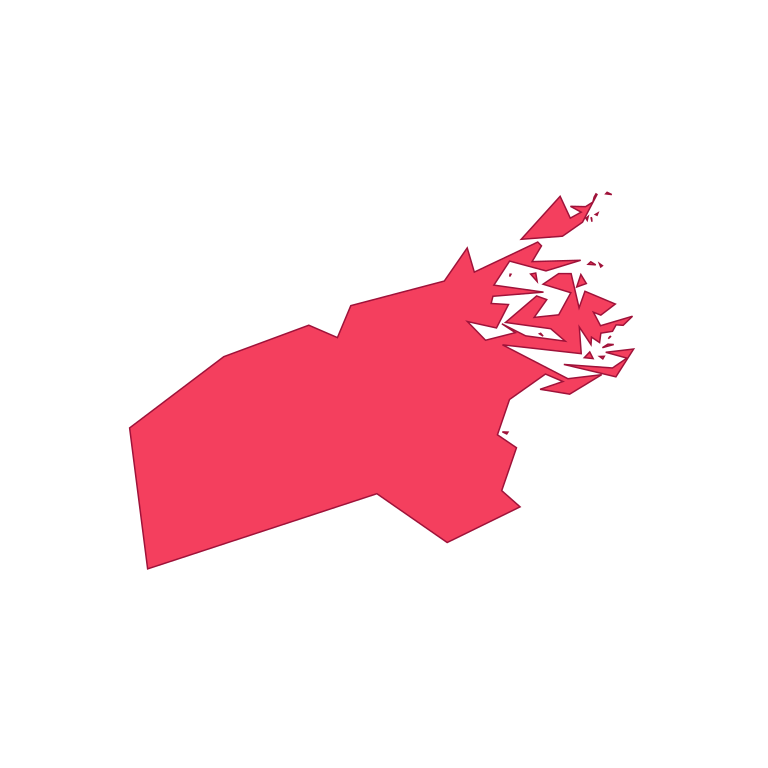 the district of Marlborough District, Marlborough District, New Zealand, rotated 28°
{"feature_id": "76426892B14162355231744", "entity_name": "Marlborough District", "entity_type": "district", "adm_level": 2, "iso_a3": "NZL", "parent_name": "New Zealand", "parent_adm1": "Marlborough District", "projection": "robinson", "projection_center": [173.954, -41.576], "detail": "medium", "context": "isolated", "style": "filled", "palette": "rose", "viewbox_px": 768, "rotation_deg": 28, "n_neighbors": 0, "source": "geoboundaries", "source_scale": "gbopen_adm2", "svg_char_len": 1963}
<svg xmlns="http://www.w3.org/2000/svg" viewBox="0 0 768 768"><g transform="rotate(28 384 384)"><path d="M180.0,542.2L262.1,658.2L429.2,484.2L514.2,494.3L561.8,428.6L538.0,422.9L530.9,378.1L508.0,375.6L502.1,338.7L521.9,299.4L540.8,297.8L524.3,315.4L552.7,305.8L571.8,273.6L543.9,293.0L470.2,293.8L543.9,264.6L529.7,242.0L548.3,252.1L545.2,245.2L554.9,246.2L551.6,237.3L561.0,230.2L561.2,222.8L567.6,219.9L571.6,207.5L547.8,230.9L535.2,222.3L543.1,221.4L550.7,204.8L517.9,207.8L520.5,225.2L497.4,198.7L486.4,204.5L477.6,221.2L506.1,215.7L505.8,240.9L485.3,254.7L488.1,233.1L477.4,234.6L462.4,272.6L505.3,256.9L523.9,261.1L486.4,275.0L459.8,275.5L475.9,277.0L453.1,297.7L428.3,289.7L457.0,281.7L456.6,255.4L440.8,262.6L439.0,255.4L481.7,228.0L434.6,245.1L437.2,216.5L473.9,208.1L499.6,182.4L457.3,206.4L458.2,188.1L453.1,186.5L411.2,242.8L393.6,224.8L388.9,264.8L317.9,330.4L321.1,364.9L290.0,367.4L229.7,435.1L180.0,542.2ZM483.1,116.7L481.9,116.6L481.8,120.4L483.0,125.3L478.7,132.8L465.2,139.6L477.4,139.7L470.6,150.1L451.4,135.6L437.2,191.8L472.2,169.7L483.3,147.9L483.1,116.7ZM588.0,235.9L564.9,251.9L586.3,247.1L578.2,262.6L533.6,282.3L585.4,268.8L588.0,235.9ZM515.5,200.3L506.4,194.9L508.6,207.9L515.5,200.3ZM556.7,263.4L550.6,259.1L548.5,266.7L556.7,263.4ZM471.1,221.6L465.9,214.8L461.8,218.1L471.1,221.6ZM515.0,179.4L509.2,179.0L508.0,182.5L515.0,179.4ZM496.2,109.8L491.0,110.0L490.5,112.0L496.2,109.8ZM516.0,368.3L511.0,370.7L515.8,370.5L516.0,368.3ZM559.8,249.4L568.3,241.3L563.0,243.7L559.8,249.4ZM565.5,256.1L561.4,258.5L565.4,259.1L565.5,256.1ZM486.6,144.1L485.6,140.2L484.5,142.9L486.6,144.1ZM521.3,177.0L517.6,176.5L520.4,178.9L521.3,177.0ZM502.0,267.0L498.5,265.7L497.7,266.7L502.0,267.0ZM560.8,238.7L562.0,235.2L561.2,236.1L560.8,238.7ZM491.0,135.1L492.9,135.0L492.6,132.5L491.0,135.1ZM489.5,140.1L488.5,139.6L491.4,143.1L489.5,140.1ZM443.8,227.8L444.5,230.1L444.6,227.5L443.8,227.8Z" fill="#f43f5e" stroke="#9f1239" stroke-width="1.5"/></g></svg>